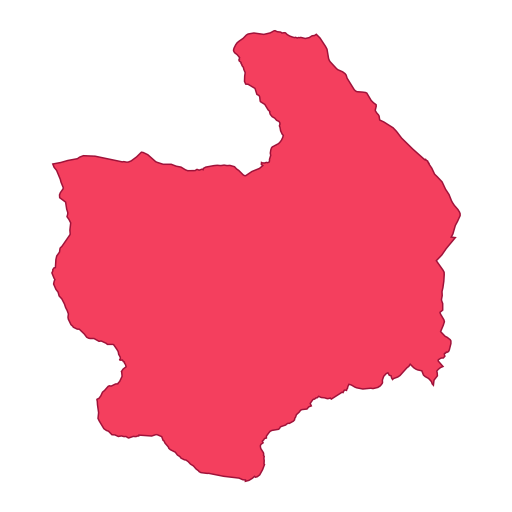 Damuc, Neamt, Romania, rotated 180°
{"feature_id": "2599482B61990018095073", "entity_name": "Damuc", "entity_type": "district", "adm_level": 2, "iso_a3": "ROU", "parent_name": "Romania", "parent_adm1": "Neamt", "projection": "equal_earth", "projection_center": [25.893, 46.736], "detail": "fine", "context": "isolated", "style": "filled", "palette": "rose", "viewbox_px": 512, "rotation_deg": 180, "n_neighbors": 0, "source": "geoboundaries", "source_scale": "gbopen_adm2", "svg_char_len": 5989}
<svg xmlns="http://www.w3.org/2000/svg" viewBox="0 0 512 512"><g transform="rotate(180 256 256)"><path d="M389.6,350.1L416.9,355.8L428.6,356.3L432.3,354.9L434.6,353.3L444.3,351.5L451.2,349.5L459.2,348.0L457.9,344.7L455.4,341.6L451.7,332.7L451.0,329.9L448.8,324.5L448.9,323.2L451.6,319.4L452.5,317.1L452.3,314.3L446.4,309.9L445.3,302.8L444.2,299.4L444.3,297.8L445.0,295.3L443.0,292.5L441.3,289.1L442.1,281.8L441.8,278.0L442.0,277.3L450.1,265.6L451.7,264.1L452.0,263.3L452.5,259.9L455.3,256.0L456.1,252.4L456.6,244.4L458.0,244.1L459.2,242.4L459.2,241.0L460.1,239.1L457.9,233.7L457.1,232.5L457.8,230.8L458.4,228.0L456.1,222.7L453.9,219.8L452.9,216.1L450.1,213.0L447.5,207.9L446.4,204.5L444.8,201.4L443.6,198.1L444.0,194.8L443.7,192.9L441.0,187.3L439.2,185.7L438.7,184.8L434.8,182.9L432.7,182.8L427.7,178.0L425.3,174.8L423.4,173.8L421.8,173.5L418.0,173.5L413.0,170.7L411.0,171.0L410.3,170.8L405.8,168.7L404.6,167.6L399.1,167.6L398.3,167.2L395.1,162.6L393.8,160.4L393.3,157.6L391.8,155.0L391.6,153.4L392.3,152.4L392.0,151.9L389.5,151.9L388.6,150.3L387.7,150.1L387.5,148.9L386.5,147.4L385.9,145.2L388.9,142.9L390.6,140.4L390.3,139.9L389.9,135.7L392.4,130.4L393.6,129.3L394.1,128.2L396.5,128.0L400.8,125.9L402.7,126.2L403.9,125.6L407.4,121.6L409.5,119.8L411.2,116.1L413.1,113.6L414.9,112.8L415.1,112.4L414.7,110.6L414.5,107.2L413.4,99.3L414.0,93.6L412.8,91.1L408.1,83.3L405.5,81.5L403.5,80.8L400.1,77.3L397.1,77.1L393.6,75.5L390.6,76.1L388.1,75.4L386.0,75.5L383.7,74.1L383.1,74.1L378.7,75.6L376.6,75.4L375.3,75.6L374.7,76.0L373.3,76.0L373.1,76.9L360.3,76.0L356.4,77.3L355.0,77.4L350.3,75.4L348.9,71.6L348.0,71.1L347.0,68.9L343.8,65.2L343.1,63.6L341.6,62.3L336.7,59.8L334.6,57.0L332.1,55.4L331.0,53.9L327.6,52.2L326.1,52.0L323.8,50.4L321.5,47.9L318.6,46.1L315.9,43.0L313.6,41.3L312.9,40.4L311.1,39.4L304.8,38.6L303.4,38.7L288.3,35.7L272.9,33.9L269.3,32.3L266.5,32.0L266.6,30.7L263.1,31.6L259.5,33.8L257.5,35.6L256.6,34.8L254.7,35.3L252.3,37.1L249.4,42.4L247.5,47.5L248.0,48.1L247.8,51.3L248.1,53.7L247.8,55.7L248.5,56.7L248.3,57.9L248.6,59.3L251.3,63.6L251.7,66.1L251.1,67.6L248.9,69.2L249.7,70.7L249.5,71.1L248.3,72.1L247.5,73.5L245.6,74.0L245.6,75.9L243.0,79.4L241.9,80.7L240.0,81.6L233.5,82.7L232.6,83.4L231.7,85.0L230.8,85.5L226.3,87.0L225.4,87.9L224.0,88.7L222.7,88.6L218.7,90.8L217.5,92.1L217.2,93.8L216.5,94.7L215.6,97.3L212.6,100.1L211.5,101.7L210.1,102.4L205.0,103.0L203.3,105.1L200.7,106.1L201.8,108.6L199.3,112.2L198.5,112.8L197.4,112.9L196.2,114.0L194.7,114.3L193.3,115.7L190.8,114.5L187.4,114.2L185.3,113.5L184.2,113.3L181.7,113.9L180.7,112.9L169.9,119.8L169.0,119.4L167.7,121.8L166.5,121.9L165.5,121.6L165.2,122.7L164.5,123.7L164.2,125.3L163.1,127.7L160.8,127.1L157.1,124.9L155.3,124.2L149.2,123.0L141.2,123.8L139.0,123.4L134.0,124.6L133.0,125.5L132.4,125.5L130.8,127.2L129.8,128.6L129.5,129.3L129.6,132.0L128.3,135.7L125.8,138.4L124.1,139.2L122.7,136.7L121.0,136.3L120.4,134.0L119.4,132.5L118.6,133.4L114.2,135.0L112.0,136.5L105.1,144.2L103.2,145.6L101.8,147.8L98.3,144.3L96.2,142.9L94.3,142.1L90.2,141.2L88.5,136.9L86.8,135.4L83.9,133.8L82.8,132.9L80.6,130.4L79.8,128.1L78.6,126.8L78.0,131.8L74.6,136.2L74.8,139.2L75.2,140.5L75.0,141.2L73.8,142.6L71.4,144.5L69.0,145.5L73.9,151.1L73.7,152.2L71.7,153.5L70.5,154.0L68.7,154.0L67.1,155.8L67.6,157.2L67.6,158.4L67.3,158.7L66.6,158.8L65.7,159.9L65.2,159.6L64.1,160.1L63.4,160.6L62.7,162.1L61.1,168.4L61.1,171.1L61.8,172.3L64.7,174.6L66.9,175.7L71.4,180.4L68.7,186.8L67.6,190.3L68.1,192.2L71.3,197.6L72.0,199.2L72.0,199.7L69.3,201.9L69.3,208.4L70.4,211.4L70.5,212.7L69.8,216.4L70.0,220.4L69.1,224.3L68.2,230.7L67.8,237.3L67.9,239.8L69.1,242.0L75.7,251.3L70.2,257.0L65.8,263.4L56.7,274.4L60.8,274.9L59.1,278.1L56.7,286.5L54.5,290.6L51.9,296.3L51.9,298.3L52.5,299.9L54.1,302.5L57.6,306.5L59.4,309.2L60.5,311.2L63.0,317.5L66.5,322.8L69.9,330.1L74.8,335.3L77.4,337.8L80.2,343.8L82.8,347.6L82.8,348.2L83.4,348.7L83.3,349.0L83.9,350.0L84.2,350.1L84.4,351.0L85.9,351.8L86.2,352.5L86.7,352.7L87.0,352.2L87.3,352.3L99.3,363.0L110.4,373.9L115.5,380.6L118.9,384.2L128.1,390.0L132.3,392.0L132.9,395.9L133.6,397.2L135.1,398.8L136.6,401.1L136.7,402.0L135.8,405.7L135.9,407.3L138.6,409.3L140.8,411.5L145.2,418.9L146.5,419.5L149.4,419.9L155.0,420.3L156.4,421.0L157.7,422.2L164.9,433.8L165.9,437.0L167.0,438.4L169.4,440.2L174.2,442.3L175.5,443.4L181.9,450.3L182.6,451.4L183.4,453.4L185.0,462.8L186.5,465.6L192.0,474.0L195.7,477.7L197.5,476.5L199.9,476.2L202.8,474.4L206.7,473.5L211.2,474.6L212.6,474.3L213.4,474.5L214.8,474.0L216.4,474.7L217.4,474.4L219.1,474.8L222.4,476.0L224.9,477.5L226.5,479.1L227.6,479.3L230.1,479.0L231.3,479.9L234.8,480.3L236.9,481.3L237.9,481.2L241.8,479.1L248.2,477.6L258.1,479.0L263.9,478.0L265.6,477.0L268.8,473.7L273.1,470.7L274.9,469.2L276.3,467.2L278.0,463.8L278.5,461.8L278.3,460.9L277.4,459.3L274.8,457.3L272.4,454.4L272.7,453.8L272.5,452.8L273.1,452.2L272.8,451.1L271.0,449.6L271.0,448.6L270.1,447.3L270.0,446.4L268.6,444.6L268.2,442.7L266.8,439.3L267.3,436.0L267.5,430.6L266.3,427.9L263.9,427.7L257.0,423.6L255.1,417.6L253.0,416.5L252.3,415.1L251.8,410.9L251.5,410.3L247.2,407.6L243.8,402.0L242.2,400.5L242.3,399.5L241.7,397.6L239.8,395.3L237.3,393.9L235.4,391.7L233.1,390.6L232.3,389.5L232.0,388.0L232.6,386.1L232.0,384.7L231.4,381.2L229.8,377.8L228.7,376.6L229.3,374.5L230.6,371.7L232.3,369.5L233.6,368.3L239.7,365.1L240.5,364.1L241.2,362.1L241.7,358.9L241.3,356.6L242.5,352.7L242.5,351.0L242.9,349.9L244.4,349.3L245.7,349.6L247.4,349.0L249.7,349.1L250.5,349.5L250.7,347.7L249.2,346.4L252.5,343.6L260.1,340.5L266.3,336.3L267.7,336.4L268.9,337.2L273.2,341.5L275.5,343.1L277.5,345.3L282.1,346.6L284.9,346.4L287.9,346.9L291.2,346.4L294.8,346.7L298.0,346.4L306.2,344.9L308.6,343.6L308.9,342.3L310.1,342.8L312.9,341.8L314.6,342.5L315.3,342.5L316.9,341.4L324.3,341.3L326.6,342.2L331.0,344.9L335.8,345.8L340.7,347.7L348.8,347.7L355.0,349.7L356.3,350.3L364.2,357.3L368.8,359.5L370.6,359.8L375.4,355.1L380.8,351.1L383.8,349.9L385.2,349.8L388.3,350.4L389.6,350.1Z" fill="#f43f5e" stroke="#9f1239" stroke-width="1.5"/></g></svg>